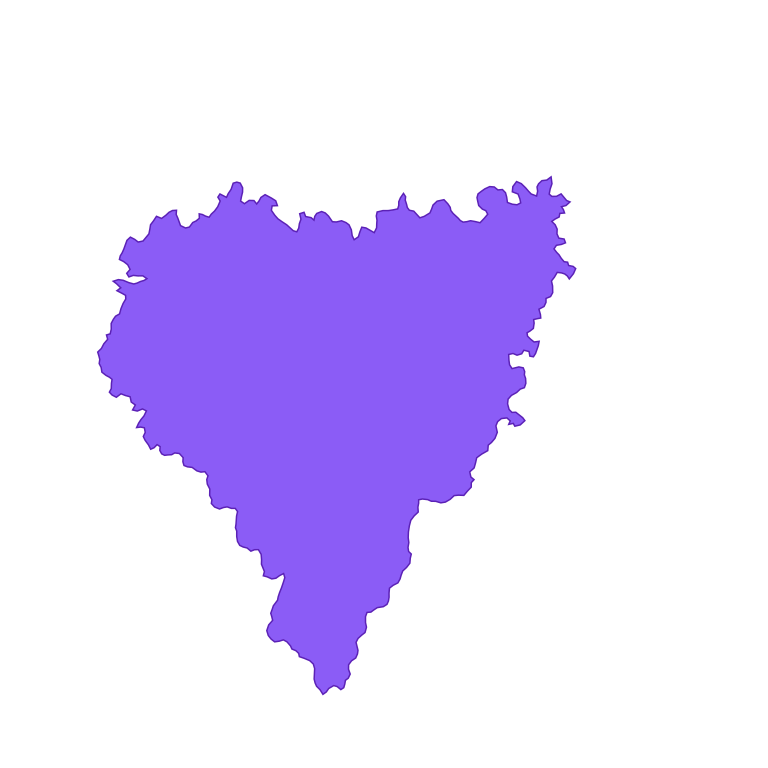 the district of Luz, Minas Gerais, Brazil, rotated 243°
{"feature_id": "56859067B37044810293791", "entity_name": "Luz", "entity_type": "district", "adm_level": 2, "iso_a3": "BRA", "parent_name": "Brazil", "parent_adm1": "Minas Gerais", "projection": "orthographic", "projection_center": [-45.672, -19.865], "detail": "fine", "context": "isolated", "style": "filled", "palette": "violet", "viewbox_px": 768, "rotation_deg": 243, "n_neighbors": 0, "source": "geoboundaries", "source_scale": "gbopen_adm2", "svg_char_len": 6171}
<svg xmlns="http://www.w3.org/2000/svg" viewBox="0 0 768 768"><g transform="rotate(243 384 384)"><path d="M473.0,628.1L472.9,622.9L475.0,618.7L478.2,617.4L482.2,620.5L486.2,624.6L492.7,626.9L491.8,621.6L493.5,617.0L492.2,612.6L490.1,609.8L486.0,608.4L482.2,605.3L486.5,601.4L490.1,600.3L494.6,599.2L500.2,597.3L504.2,594.0L501.4,588.4L497.0,585.6L492.4,589.7L487.1,589.1L483.3,588.0L483.3,583.9L485.9,580.0L489.7,576.4L495.0,578.2L499.3,579.1L503.5,577.8L505.2,573.6L509.5,571.7L511.9,567.8L512.1,562.5L511.5,558.3L510.7,554.1L507.9,551.5L504.4,550.5L500.0,549.4L495.2,551.0L492.2,553.4L488.2,553.5L486.1,548.5L484.1,542.8L487.5,538.8L490.2,535.2L491.0,531.6L492.3,528.0L495.0,526.2L498.1,525.4L504.5,523.0L508.3,522.3L511.4,523.2L515.6,522.7L521.0,521.1L522.8,514.3L521.2,508.9L518.3,505.9L515.6,502.6L515.1,495.9L515.8,491.4L524.5,489.0L527.3,485.5L530.6,484.9L533.9,485.7L538.2,486.4L541.1,488.3L545.0,487.9L542.4,483.1L539.7,479.9L536.4,478.2L533.8,475.7L535.0,471.2L536.5,466.7L539.0,461.7L540.4,456.0L537.2,453.4L533.1,452.1L530.3,450.4L526.5,448.3L523.3,444.0L527.4,441.3L531.2,438.8L533.8,435.4L530.5,431.6L526.8,428.0L526.1,422.9L530.6,423.0L536.2,424.9L541.7,425.1L545.1,423.4L548.7,420.3L550.0,415.1L552.0,411.7L558.8,410.8L563.1,409.3L566.0,406.7L566.5,401.5L564.8,398.4L561.8,396.0L565.3,394.6L568.8,390.2L573.3,390.7L574.0,386.2L568.5,384.8L565.3,381.4L561.6,378.8L559.2,375.4L561.8,372.7L570.0,369.6L574.9,366.8L579.3,364.5L583.9,363.3L589.9,362.5L593.5,365.2L591.3,370.0L596.4,370.7L600.8,368.1L606.7,364.0L606.1,359.0L603.8,355.7L602.2,352.3L606.5,351.4L608.8,347.2L608.0,341.5L612.1,339.3L615.7,342.1L619.2,345.1L623.0,347.1L628.3,347.1L630.7,344.5L631.4,340.8L626.9,336.2L624.4,331.7L621.8,328.4L627.8,324.1L625.9,320.8L621.4,321.1L617.4,316.3L615.0,311.5L613.8,307.3L612.0,303.9L614.6,301.2L617.4,299.2L619.5,296.6L615.5,294.7L614.6,290.6L614.7,286.9L612.2,281.9L613.1,278.0L617.5,274.6L625.5,275.6L629.4,275.8L633.0,278.0L634.6,274.3L634.6,270.4L633.4,266.3L632.5,261.0L636.7,257.4L634.0,252.7L631.9,248.3L628.7,246.0L624.5,242.7L620.8,234.2L622.1,229.4L626.1,227.5L630.0,224.7L628.7,220.2L622.4,213.5L619.8,210.3L617.9,207.2L615.1,204.8L611.3,207.6L606.6,209.8L601.4,209.8L599.4,205.0L595.2,205.3L594.6,209.9L592.0,213.9L589.9,218.2L585.5,220.6L585.2,217.2L585.9,213.5L586.0,209.9L586.7,206.5L590.1,202.7L594.8,198.7L597.6,194.7L598.5,189.4L594.8,191.2L589.2,193.1L588.4,188.4L583.5,191.9L580.3,194.0L577.0,192.5L574.2,188.1L570.5,183.8L566.5,180.2L566.3,175.6L564.5,172.2L561.8,168.4L556.7,165.9L553.0,162.8L553.7,159.0L549.3,158.1L547.0,152.6L544.0,148.4L542.4,143.4L538.4,142.7L534.9,141.9L531.5,139.5L527.2,139.5L522.6,138.0L517.9,140.2L514.6,142.5L511.6,143.8L508.4,141.5L503.7,138.9L501.4,135.6L497.6,136.7L493.7,139.5L494.7,145.2L491.1,148.4L487.9,152.0L482.7,150.6L478.2,152.9L475.0,148.2L471.9,151.9L471.4,157.5L467.9,160.1L464.5,155.6L462.6,151.2L460.5,147.6L457.5,143.8L456.1,147.6L453.8,150.6L449.3,149.3L446.5,145.7L442.3,145.6L436.7,146.5L431.8,146.5L431.6,150.2L433.0,154.3L429.8,156.1L426.6,154.1L422.7,154.2L420.1,156.1L418.9,159.3L417.4,162.7L417.6,166.2L415.0,170.1L409.6,171.6L406.0,169.5L402.2,168.8L399.4,171.3L396.8,175.2L391.6,177.8L388.6,180.9L387.2,184.6L382.1,185.5L379.3,182.7L375.0,181.1L369.5,181.1L363.9,178.1L359.0,178.1L355.9,175.9L351.3,177.2L347.3,180.7L346.8,185.0L345.7,188.5L342.4,191.6L340.7,195.0L336.8,195.6L333.3,192.7L326.3,188.5L323.4,186.4L319.8,186.0L314.9,183.5L310.2,182.0L305.7,182.2L302.7,184.5L300.0,187.6L295.5,189.5L295.1,193.5L293.4,196.9L288.0,197.2L282.9,195.1L279.1,193.0L271.2,192.3L267.9,189.4L265.3,192.3L261.3,195.5L260.0,199.5L260.7,204.0L260.7,208.5L256.5,207.7L252.9,204.2L249.0,200.2L245.5,196.2L242.4,193.1L239.7,191.0L236.6,184.7L234.1,182.2L231.1,179.0L227.7,178.4L224.0,177.5L221.7,171.9L217.5,167.6L212.4,166.7L208.0,167.6L203.9,169.5L202.4,173.9L201.7,178.2L198.3,180.5L193.0,181.8L189.7,181.6L186.4,184.4L182.7,185.7L179.5,184.8L176.0,188.2L171.3,192.2L166.6,193.9L161.9,193.0L152.8,187.8L148.9,186.9L145.3,186.7L140.7,188.2L135.2,188.7L135.8,192.8L137.8,196.5L138.1,202.3L135.7,204.9L131.3,206.8L131.7,210.3L134.5,212.9L137.5,215.1L138.1,218.6L140.9,222.2L146.0,222.9L149.9,225.0L152.1,229.4L152.7,234.4L155.5,237.8L158.5,239.9L166.5,241.8L169.1,245.4L170.3,249.8L171.2,254.3L175.3,258.0L179.8,259.2L185.1,261.9L188.2,265.2L186.7,268.8L187.3,272.1L187.8,276.5L185.9,282.3L186.3,286.6L188.6,289.4L191.7,291.7L195.5,293.6L199.6,296.2L200.5,300.7L200.5,306.1L203.0,309.8L205.8,312.4L208.9,315.8L210.3,320.8L212.6,325.7L216.8,328.3L220.1,331.1L223.6,329.9L227.5,331.2L231.4,334.1L236.1,335.8L241.1,338.6L246.1,342.2L250.4,346.0L252.8,351.0L254.4,356.4L258.9,358.3L262.1,360.8L265.1,362.3L264.1,366.0L261.1,370.5L258.1,372.9L256.0,376.8L252.3,380.7L250.9,385.1L251.2,390.6L252.7,395.8L251.2,399.8L248.5,404.6L250.6,409.5L252.5,414.9L256.5,417.0L257.9,420.8L261.7,419.2L266.8,420.5L268.3,426.2L272.2,429.8L276.2,433.1L277.2,439.3L277.5,446.2L282.2,449.1L283.1,453.2L285.2,458.2L289.5,463.0L295.9,464.7L298.9,468.2L299.9,472.9L298.0,478.1L293.8,479.7L291.4,476.8L290.2,481.3L287.0,481.4L285.7,486.8L287.4,492.9L291.0,492.3L299.0,488.6L300.6,485.1L304.5,483.9L310.2,485.1L314.2,487.7L316.0,492.4L316.2,498.3L317.6,503.1L317.0,507.4L320.2,510.7L324.7,512.7L328.4,513.2L331.2,515.0L335.2,515.4L338.0,511.9L339.6,505.1L344.1,504.6L348.4,506.1L353.7,508.5L352.6,512.8L349.3,515.6L348.4,520.4L350.6,523.9L347.1,528.0L342.6,526.6L340.4,529.5L342.4,532.9L348.0,538.8L351.6,541.6L353.3,536.8L357.3,535.0L361.4,533.6L364.7,534.7L364.9,538.2L365.7,542.3L370.1,545.4L373.5,546.6L372.6,550.3L371.6,553.6L374.8,554.9L380.3,556.0L380.4,561.8L383.2,565.4L386.7,567.2L386.3,572.1L388.8,575.8L394.8,578.7L399.8,580.0L401.8,584.3L404.8,589.0L402.4,592.6L400.0,595.0L397.0,596.4L393.5,596.8L396.3,602.9L399.8,607.2L402.9,605.9L405.8,602.3L409.2,602.9L411.2,600.0L415.5,599.0L419.7,598.6L422.9,597.6L427.2,596.8L429.3,600.6L427.8,605.5L427.4,609.8L431.4,610.3L434.6,606.0L439.3,606.3L443.4,608.6L448.2,608.8L452.7,607.3L453.3,611.5L453.3,615.9L456.2,618.1L454.4,622.5L457.9,623.0L461.4,622.6L460.4,627.2L461.8,632.4L464.6,630.0L473.0,628.1Z" fill="#8b5cf6" stroke="#5b21b6" stroke-width="1.5"/></g></svg>